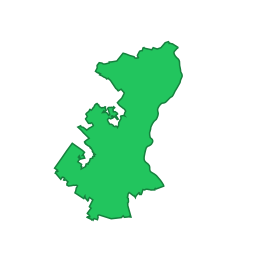 Salgales pag., Ozolnieku, Latvia (orthographic projection), rotated 224°
{"feature_id": "27541924B82271336791843", "entity_name": "Salgales pag.", "entity_type": "district", "adm_level": 2, "iso_a3": "LVA", "parent_name": "Latvia", "parent_adm1": "Ozolnieku", "projection": "orthographic", "projection_center": [24.01, 56.604], "detail": "fine", "context": "isolated", "style": "filled", "palette": "green", "viewbox_px": 256, "rotation_deg": 224, "n_neighbors": 0, "source": "geoboundaries", "source_scale": "gbopen_adm2", "svg_char_len": 5817}
<svg xmlns="http://www.w3.org/2000/svg" viewBox="0 0 256 256"><g transform="rotate(224 128 128)"><path d="M61.9,111.0L62.6,111.5L63.8,111.9L65.8,112.4L68.3,112.9L74.5,113.5L77.0,113.2L80.4,112.4L81.4,112.3L82.4,112.5L83.6,113.3L85.3,115.0L86.5,115.7L88.5,116.0L91.4,115.7L92.8,115.8L94.1,116.3L95.1,117.1L96.3,118.4L98.5,121.7L100.2,124.6L101.1,126.4L101.2,127.8L101.1,128.6L100.5,129.9L100.1,131.3L100.0,132.2L100.0,132.8L100.2,133.7L100.4,134.5L100.6,135.1L101.0,135.6L101.5,136.1L102.1,136.4L102.8,136.6L105.1,136.5L105.8,136.8L107.4,137.9L109.2,139.6L110.9,142.8L112.0,144.2L112.5,145.3L113.4,148.0L113.8,150.1L113.9,151.3L113.8,152.4L113.7,154.0L114.3,155.8L114.9,157.2L115.5,158.3L116.5,159.6L118.5,160.9L119.5,161.8L120.0,162.6L120.3,163.3L120.8,165.1L121.0,166.6L121.0,167.1L121.0,168.5L120.8,169.4L120.3,170.1L119.6,170.9L119.0,172.2L118.8,173.4L118.8,175.9L118.8,178.9L118.7,179.6L118.3,180.9L118.2,181.6L118.4,182.9L118.6,183.6L119.4,186.1L119.6,186.5L120.7,191.3L122.0,196.3L122.2,196.9L123.5,199.0L124.5,201.7L124.7,202.2L125.0,202.8L125.8,203.6L126.7,204.2L129.1,205.0L131.0,206.6L134.2,208.8L137.2,211.6L138.0,212.0L138.8,212.3L139.7,212.5L142.1,212.4L144.6,212.7L146.1,213.3L147.2,213.9L147.5,214.3L147.9,215.6L148.0,218.9L147.8,220.3L148.2,220.7L154.5,219.4L154.9,219.0L156.4,218.3L157.1,217.5L157.3,217.9L158.9,218.2L160.5,215.2L160.1,208.6L161.9,205.1L165.7,203.3L165.2,200.8L170.8,197.3L172.1,196.8L172.4,196.9L172.5,196.4L172.8,196.1L171.5,193.5L172.2,192.8L173.0,191.3L171.8,187.1L171.5,186.6L169.4,185.8L169.5,185.4L170.7,184.0L170.6,183.9L171.5,183.2L173.2,183.5L177.0,181.4L180.9,179.8L183.5,178.4L182.6,168.4L185.8,164.1L187.4,162.4L186.7,161.8L187.1,161.1L188.9,158.2L190.2,156.9L191.8,156.6L194.1,155.0L193.8,152.0L193.7,151.5L191.8,149.7L190.8,146.2L188.6,146.5L187.4,147.0L187.5,147.2L185.5,147.9L185.4,146.5L184.5,146.8L184.6,147.0L184.4,147.1L180.5,147.9L179.0,148.6L177.4,148.4L176.7,150.1L175.7,149.9L173.9,150.1L164.3,148.0L162.0,148.2L161.6,147.8L160.8,147.9L159.9,151.1L155.2,150.7L154.9,150.4L154.2,148.4L153.2,145.1L153.3,140.9L153.2,138.8L150.4,138.5L150.1,138.3L146.0,138.8L145.3,138.8L144.0,139.1L143.0,139.0L141.4,138.5L140.9,136.8L139.8,134.7L139.6,134.5L138.8,134.4L139.8,134.0L141.3,131.9L141.5,131.4L141.1,130.9L140.5,130.9L140.2,130.5L139.5,129.8L138.4,125.5L136.3,122.9L135.9,121.0L137.3,121.4L138.2,120.7L138.3,119.9L139.9,119.2L140.4,119.6L142.2,119.3L143.0,118.9L143.5,118.1L144.2,118.0L144.7,118.3L146.6,118.7L147.8,119.2L148.5,119.7L148.7,120.4L148.6,120.8L148.6,121.9L146.8,122.5L145.9,124.5L146.0,124.6L147.4,124.8L147.3,125.0L148.1,125.2L147.5,126.1L145.8,125.8L145.7,126.9L142.7,126.8L141.6,126.6L141.2,127.6L145.6,128.7L145.2,130.8L145.8,131.2L148.6,130.8L149.8,129.5L151.8,131.0L151.7,133.4L151.9,133.4L153.0,133.3L152.8,132.8L153.1,132.5L153.6,131.8L154.4,131.3L154.4,131.1L156.0,129.6L156.3,129.0L156.1,127.7L154.5,127.3L150.6,125.1L150.7,124.5L150.6,124.4L150.8,124.3L150.8,123.6L151.9,124.0L153.6,124.2L155.0,123.7L157.0,121.4L157.3,123.6L156.5,123.5L156.0,124.4L156.0,125.7L156.5,125.7L156.5,125.9L158.4,126.5L158.7,127.3L158.9,127.5L159.3,127.2L159.3,126.2L160.6,124.8L160.6,124.3L162.3,123.7L163.0,123.6L164.1,123.7L165.1,124.2L165.3,123.9L167.0,124.2L167.3,123.2L167.7,123.3L167.8,122.0L167.8,121.4L167.1,119.5L167.1,119.3L167.1,118.1L166.8,116.6L166.7,115.6L166.8,115.1L168.3,115.0L168.3,114.6L167.7,112.7L168.0,111.0L168.1,109.2L167.8,108.9L167.7,108.6L166.7,108.5L165.3,108.0L165.1,107.4L165.1,107.1L165.1,106.6L164.9,106.2L164.9,105.1L164.5,104.9L159.6,103.9L158.6,104.9L158.3,105.0L158.2,105.9L157.9,106.4L157.7,106.5L155.2,106.0L154.7,105.8L154.6,105.6L154.9,103.6L155.9,100.7L156.0,99.2L156.1,98.6L156.2,97.8L157.1,97.8L160.6,97.4L162.4,96.3L162.9,96.3L163.6,96.7L164.7,93.8L160.0,93.9L156.7,93.6L148.8,93.6L149.4,90.4L149.7,88.0L148.7,87.7L148.8,87.3L147.4,87.1L147.4,87.3L145.3,87.3L142.8,88.0L141.2,88.0L141.3,87.5L139.6,87.6L137.3,86.9L137.3,86.4L136.7,86.2L133.6,86.1L134.5,85.2L134.4,85.1L133.0,84.9L132.5,84.4L132.9,84.0L132.9,83.7L133.3,83.6L133.5,83.2L133.4,82.8L133.1,82.2L132.5,81.8L133.8,79.7L132.2,76.7L132.4,75.7L132.4,75.2L131.9,74.5L131.7,74.3L133.1,73.2L132.3,71.4L131.7,70.9L133.2,66.1L134.5,68.0L135.1,67.7L136.1,69.6L140.6,68.8L141.0,70.4L140.9,72.2L143.5,72.5L143.7,74.1L140.6,72.5L139.7,74.0L138.2,76.3L141.0,77.5L141.8,76.6L142.4,80.3L145.4,80.2L157.5,78.3L156.2,68.8L154.8,60.6L152.9,48.1L149.6,48.7L149.5,47.9L148.4,48.1L148.4,47.7L148.5,47.5L149.5,46.9L149.4,46.2L148.9,45.0L148.6,45.2L140.7,44.4L141.2,47.0L140.3,47.2L140.1,47.7L138.6,47.9L138.2,45.9L137.7,46.0L136.9,47.0L136.8,47.4L136.3,47.6L135.2,47.5L133.8,47.6L133.4,45.7L132.3,44.5L130.4,45.0L128.5,47.4L127.4,49.1L127.0,49.2L125.5,50.9L125.5,51.0L124.3,51.4L123.7,50.2L123.5,48.8L122.8,47.9L121.8,46.3L121.6,45.6L121.2,44.9L121.1,44.5L110.7,46.5L110.9,47.7L111.5,48.1L111.7,49.0L110.9,48.3L108.9,47.8L106.2,47.6L106.4,48.9L107.1,48.9L107.4,51.3L103.4,51.9L101.1,44.5L98.9,44.7L98.0,38.3L97.4,38.2L96.6,38.3L94.7,38.2L94.4,38.1L94.1,37.8L93.9,37.7L95.5,35.9L95.4,35.3L90.8,36.8L90.5,36.7L90.5,37.2L89.7,37.5L89.1,37.4L89.5,39.3L86.3,40.8L87.5,43.0L88.5,43.6L88.9,44.3L88.4,45.4L77.0,51.1L70.5,59.0L70.5,61.5L68.6,61.2L65.9,64.4L65.8,64.8L65.7,65.3L65.3,65.1L65.1,65.1L64.0,66.0L74.2,72.0L75.3,73.0L75.2,73.0L75.7,73.5L76.3,74.5L76.2,74.8L76.4,75.2L77.1,75.9L78.9,77.5L79.8,77.4L80.3,77.6L80.5,77.9L80.4,78.4L81.1,78.9L81.3,79.6L82.0,80.1L82.1,80.3L82.0,80.6L82.4,82.2L82.4,82.4L81.2,82.6L76.8,83.1L76.5,83.2L76.5,83.5L74.4,83.1L74.7,83.5L75.1,85.4L75.2,89.2L74.7,89.4L74.2,89.0L74.2,88.5L73.8,88.3L73.2,88.4L73.2,88.7L72.3,89.4L72.8,90.8L74.5,94.1L73.1,94.9L72.9,95.3L73.0,95.4L72.4,96.6L71.7,97.3L70.6,97.9L70.5,98.2L68.5,99.3L65.7,102.1L66.1,102.6L66.5,103.3L66.3,103.6L65.4,103.7L61.9,111.0Z" fill="#22c55e" stroke="#15803d" stroke-width="1.5"/></g></svg>